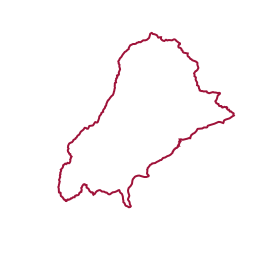 outline of Chiang Klang, Nan, Thailand, rotated 140°
{"feature_id": "78962969B24859706501425", "entity_name": "Chiang Klang", "entity_type": "district", "adm_level": 2, "iso_a3": "THA", "parent_name": "Thailand", "parent_adm1": "Nan", "projection": "albers", "projection_center": [100.906, 19.299], "detail": "fine", "context": "isolated", "style": "outline", "palette": "rose", "viewbox_px": 256, "rotation_deg": 140, "n_neighbors": 0, "source": "geoboundaries", "source_scale": "gbopen_adm2", "svg_char_len": 5740}
<svg xmlns="http://www.w3.org/2000/svg" viewBox="0 0 256 256"><g transform="rotate(140 128 128)"><path d="M197.4,99.1L195.4,98.9L194.2,99.5L192.1,99.6L190.0,98.9L189.2,98.1L188.8,96.1L187.2,94.6L186.7,93.1L185.8,92.2L185.5,89.9L185.0,89.2L184.3,88.8L181.2,88.6L179.2,87.4L177.3,86.8L175.4,86.5L174.7,86.1L174.7,85.5L175.2,84.7L175.4,83.6L175.4,83.0L175.1,81.9L175.1,81.1L176.1,78.7L177.6,76.6L178.1,75.5L179.2,74.2L179.0,72.7L179.7,70.4L179.6,69.7L178.7,68.2L178.4,66.9L178.1,66.6L177.1,66.1L176.2,66.2L176.0,66.5L175.7,68.2L174.6,70.0L174.3,70.8L174.2,72.6L173.8,73.5L170.9,75.0L170.4,75.5L169.1,78.7L168.0,80.3L166.1,81.6L163.2,81.9L160.8,82.7L158.5,84.8L157.3,85.6L154.1,86.2L153.1,86.0L151.2,85.2L150.0,84.4L147.1,80.1L145.5,78.7L143.4,77.9L142.9,78.0L142.7,78.3L142.8,80.7L142.3,81.3L140.7,82.7L140.1,83.8L139.2,84.1L138.6,84.7L137.7,84.7L137.0,85.0L136.2,85.0L135.1,85.5L133.1,85.1L132.3,85.3L129.7,83.7L127.7,83.5L125.5,82.9L124.3,82.8L123.0,82.1L120.4,82.5L118.4,81.5L116.1,81.2L114.0,80.4L112.4,80.2L109.8,80.4L109.4,80.9L108.7,81.0L108.5,81.3L107.9,81.3L107.3,81.7L106.7,81.7L106.4,81.9L105.8,81.7L104.6,82.0L103.6,81.4L103.0,81.4L101.8,82.0L101.7,81.7L101.4,81.9L101.0,82.1L100.6,81.8L100.6,82.2L99.8,82.3L99.5,82.6L99.6,82.9L98.9,83.0L98.1,83.8L97.8,83.6L97.5,83.9L97.0,83.8L96.3,84.0L96.4,84.5L97.0,84.9L95.8,85.4L95.7,86.0L94.7,85.3L93.9,84.1L93.3,83.6L89.5,81.7L88.0,81.2L87.8,80.9L87.3,80.9L86.8,80.2L85.3,81.3L84.2,81.7L84.0,81.9L81.6,81.8L80.2,81.4L77.6,81.7L75.6,82.5L75.1,82.5L71.4,79.9L69.5,79.6L67.3,77.8L66.8,77.7L65.5,78.4L65.0,78.3L59.0,75.7L54.8,74.5L53.8,73.6L53.1,72.7L51.9,70.6L51.4,70.7L50.0,71.8L49.1,72.0L47.6,71.6L44.0,70.1L40.3,69.8L38.8,69.5L38.6,70.6L37.8,71.1L37.7,71.4L38.3,73.1L38.5,74.6L39.2,74.9L39.4,75.2L39.3,75.8L39.0,76.2L38.9,77.2L39.6,77.5L39.8,78.2L39.8,79.4L38.9,79.9L39.0,80.7L39.7,81.1L40.6,82.3L41.5,82.5L42.5,83.0L42.3,83.6L42.7,84.0L42.4,84.5L42.4,84.9L43.7,85.9L44.0,86.5L43.3,88.2L43.8,88.5L43.9,89.3L44.4,90.3L44.0,91.1L44.1,92.0L43.8,92.4L42.5,92.6L41.2,93.2L38.5,95.1L35.8,95.1L35.2,95.5L35.2,95.8L35.5,96.3L37.0,97.2L37.3,97.9L38.5,99.3L39.3,100.0L39.8,100.9L43.5,102.5L44.5,104.3L44.2,105.4L44.3,105.6L46.6,107.4L47.1,108.3L47.9,109.0L48.6,110.0L48.9,110.7L48.3,111.4L48.3,112.4L47.1,114.4L47.1,115.2L47.6,116.4L46.9,117.0L46.5,117.6L45.7,118.5L45.6,119.8L45.1,121.6L43.5,123.1L43.8,125.0L43.3,125.4L42.5,126.4L42.3,127.4L40.2,128.0L39.7,128.1L39.2,127.8L37.5,127.9L35.6,128.7L35.3,129.1L34.2,131.9L33.0,133.2L32.9,133.8L33.2,134.6L33.3,135.4L35.2,138.6L35.2,139.9L35.6,140.4L35.8,140.9L35.6,143.0L36.0,144.1L36.0,144.9L34.8,146.4L34.3,146.7L36.9,149.9L37.1,150.7L37.0,151.4L36.5,152.3L36.8,153.6L36.3,154.2L36.2,154.7L36.4,155.7L37.4,157.1L37.3,157.7L36.7,158.5L35.4,159.1L34.8,158.8L34.2,158.9L33.8,159.4L34.5,161.5L34.6,162.5L35.0,163.3L34.9,164.6L35.0,165.3L35.5,166.1L35.9,166.4L38.0,166.9L40.1,169.1L41.6,169.8L41.8,170.1L41.9,170.8L42.2,171.2L44.2,171.3L45.0,172.3L45.4,173.5L45.5,174.9L45.1,175.6L44.3,176.3L45.2,177.0L46.4,177.5L46.7,177.9L46.3,180.0L46.3,180.7L47.4,182.8L48.5,184.0L48.6,185.4L48.7,185.6L49.6,185.8L50.3,185.9L53.8,183.5L56.7,183.4L58.3,184.0L60.0,185.4L63.0,185.6L63.6,185.9L64.4,186.9L65.6,187.1L66.4,187.6L67.8,187.5L69.0,188.1L70.1,189.1L73.2,189.9L75.7,189.0L76.7,188.0L78.3,188.2L80.0,188.0L81.6,188.3L84.9,187.6L87.4,186.7L89.6,186.5L90.6,185.9L92.6,185.3L92.8,185.0L93.0,184.1L93.8,183.3L93.8,182.0L95.2,180.6L96.0,178.6L96.4,178.0L99.3,176.5L99.7,176.1L100.1,175.3L100.7,174.8L101.0,174.7L101.8,175.1L102.7,175.3L102.9,175.0L102.9,174.3L103.7,174.0L104.0,173.5L105.3,173.5L106.0,172.6L107.1,172.1L107.8,170.6L108.3,170.6L108.9,170.9L109.6,170.5L110.6,169.2L111.3,168.7L112.2,167.1L112.9,166.8L114.9,165.1L115.7,164.7L116.5,164.0L118.3,163.0L120.4,163.0L123.2,162.4L124.2,162.0L125.2,162.1L125.7,161.8L126.7,161.7L127.5,161.1L128.9,160.5L130.4,159.2L131.5,159.2L132.3,158.7L132.5,158.3L135.1,157.8L136.4,157.0L136.6,156.4L138.8,156.6L139.8,155.8L142.5,155.3L144.1,153.9L147.4,152.0L147.9,152.0L148.3,152.1L149.2,153.5L149.6,153.6L152.7,152.6L153.4,152.6L156.3,154.4L158.7,153.3L159.2,153.2L159.9,153.8L160.2,155.1L161.1,156.0L163.2,155.4L166.6,155.5L169.6,154.3L171.0,154.5L172.1,154.4L173.4,153.8L174.6,153.9L175.2,153.5L177.4,153.9L178.4,153.4L180.0,153.1L181.6,153.7L182.1,153.7L182.7,153.9L183.6,153.7L185.4,152.8L186.0,152.1L186.6,151.6L186.8,150.4L188.3,149.8L189.0,148.7L189.2,148.2L189.1,147.1L189.6,146.1L189.0,145.1L189.7,144.1L189.6,142.3L190.3,142.1L190.8,142.1L191.5,141.3L192.5,141.1L192.9,140.3L193.7,139.5L194.9,138.9L195.8,138.9L196.0,139.2L196.5,139.6L196.7,140.1L197.5,140.0L197.9,140.3L198.6,140.2L198.8,140.9L199.1,141.1L200.6,141.0L201.2,141.2L201.7,141.1L202.3,140.5L202.6,140.1L204.1,139.5L206.3,139.3L206.5,138.4L207.5,137.7L208.5,137.4L209.1,136.4L209.6,136.3L209.7,135.8L210.4,135.6L210.9,135.2L211.4,134.0L212.2,133.7L213.4,132.9L214.2,132.6L214.8,130.7L215.7,130.3L216.1,129.8L217.6,128.8L218.3,128.0L219.3,127.6L219.9,126.2L222.2,123.2L222.2,122.6L221.4,122.1L221.3,121.6L222.6,120.0L223.1,119.0L222.8,118.0L222.8,117.2L222.6,116.8L222.8,116.3L222.7,115.7L223.0,114.9L222.8,114.3L222.9,113.9L222.4,113.4L222.6,112.1L222.1,111.6L221.6,111.6L220.9,112.1L220.1,112.0L219.9,111.9L219.7,111.2L218.4,110.7L217.0,110.8L216.6,110.3L214.8,110.3L213.4,109.3L212.6,109.9L211.8,110.0L211.4,109.6L210.6,109.6L210.0,109.0L209.5,108.7L208.6,108.6L206.9,109.5L206.5,109.3L205.8,109.5L205.1,109.1L204.7,109.1L204.5,109.7L203.7,109.9L203.0,110.7L202.4,112.1L201.3,112.3L200.4,112.9L198.3,113.4L197.3,112.8L197.4,111.7L196.7,111.3L196.4,110.9L198.0,109.0L197.3,106.8L198.0,104.3L197.7,103.4L197.7,102.4L197.5,102.1L196.8,101.9L196.4,101.0L196.6,100.5L197.2,100.0L197.4,99.1Z" fill="none" stroke="#9f1239" stroke-width="2"/></g></svg>